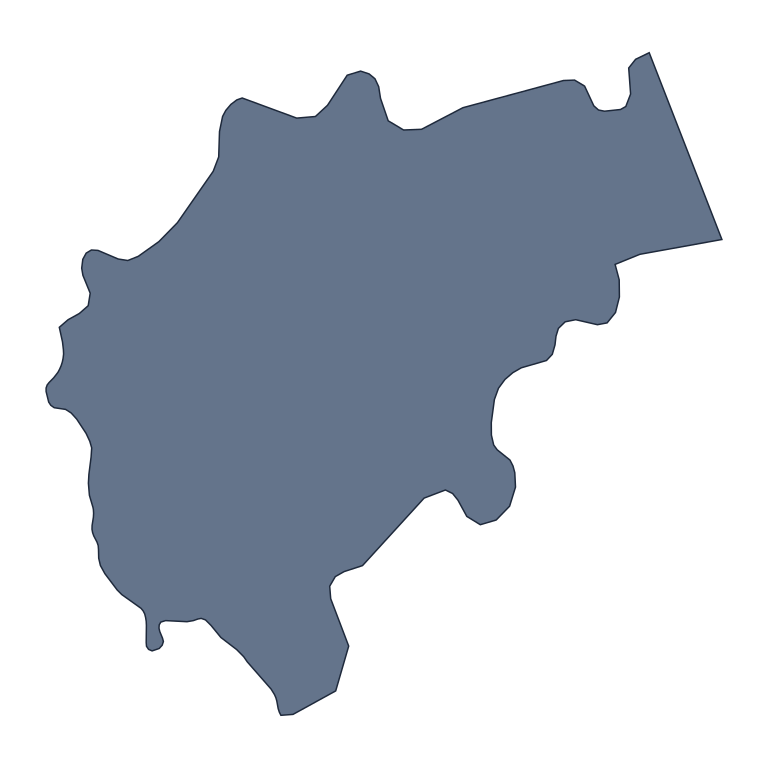 the Province of Macerata
{"feature_id": "ITA-5429", "entity_name": "Macerata", "entity_type": "Province", "adm_level": 1, "iso_a3": "ITA", "parent_name": "Italy", "parent_adm1": "", "projection": "mercator", "projection_center": [13.151, 43.149], "detail": "fine", "context": "isolated", "style": "filled", "palette": "slate", "viewbox_px": 768, "rotation_deg": 0, "n_neighbors": 0, "source": "natural_earth", "source_scale": "10m", "svg_char_len": 2131}
<svg xmlns="http://www.w3.org/2000/svg" viewBox="0 0 768 768"><path d="M649.2,52.7L721.9,239.5L639.9,254.3L615.1,264.4L619.2,279.8L619.4,297.0L615.5,312.5L607.1,322.9L597.4,324.7L575.7,319.7L565.2,321.8L558.4,328.4L556.0,336.2L555.0,344.9L552.3,354.3L546.5,360.5L521.3,367.8L512.8,372.7L505.0,379.4L498.5,388.2L494.4,399.5L491.3,422.6L491.4,435.1L493.7,445.0L497.2,449.8L510.0,460.1L513.0,466.0L514.8,472.7L515.5,487.1L509.6,506.2L496.2,520.0L480.3,524.7L466.8,516.4L457.9,500.1L452.6,493.5L445.4,490.0L424.1,498.1L362.5,565.6L344.1,571.6L335.3,576.6L329.7,586.2L330.7,598.7L348.7,646.1L335.7,690.9L293.0,714.4L280.9,715.3L279.3,712.1L278.2,708.7L276.8,701.0L275.9,697.8L274.5,694.6L271.1,689.1L247.3,661.9L243.7,656.7L236.7,649.6L220.9,637.5L211.0,625.4L205.5,619.9L201.2,618.4L197.9,619.0L193.4,620.6L187.0,621.7L165.6,620.6L160.8,622.1L159.2,624.9L159.0,628.2L159.8,631.6L162.5,638.1L163.4,641.5L162.2,645.2L159.2,648.5L152.1,650.9L148.6,649.4L146.5,646.3L146.2,642.6L146.4,625.4L146.2,621.2L145.6,617.5L144.7,613.9L143.1,610.8L141.0,608.3L121.8,594.6L117.2,590.0L104.9,573.7L100.4,565.5L98.7,558.2L98.5,549.7L98.2,545.6L97.0,542.1L93.8,536.0L92.6,532.6L92.0,529.3L92.1,525.4L93.4,517.2L93.6,513.3L93.4,509.7L93.0,507.5L89.4,495.3L88.4,483.2L88.9,474.3L91.1,456.9L91.7,447.9L89.8,441.3L86.1,433.4L76.7,419.1L71.2,413.0L65.6,409.4L54.2,407.7L50.8,405.3L48.7,402.1L46.1,391.5L46.1,388.0L47.2,384.9L49.1,382.5L53.7,377.8L57.9,372.4L59.6,369.2L61.1,365.8L62.3,362.1L63.1,358.3L63.6,354.0L63.4,349.7L62.5,341.9L59.3,327.3L68.1,319.7L79.3,313.5L88.2,305.7L90.2,293.2L82.9,275.3L81.7,268.2L82.8,259.3L86.2,253.1L91.4,250.0L98.0,250.4L118.2,259.0L127.8,260.5L138.3,256.3L158.9,241.6L177.4,222.7L213.2,171.3L218.7,156.9L219.5,131.5L222.6,116.4L225.8,110.4L230.9,104.4L236.8,99.9L242.2,98.0L296.7,118.1L315.4,116.5L327.5,105.3L347.2,75.2L360.6,71.1L369.1,73.9L375.0,78.8L378.7,86.7L380.5,98.3L388.2,120.8L403.6,130.0L421.5,129.3L462.9,107.7L563.5,80.5L574.6,80.1L584.6,86.1L593.8,105.8L598.5,110.0L604.5,111.2L620.5,109.5L625.8,106.5L630.6,94.0L628.7,68.0L635.6,59.3L649.2,52.7Z" fill="#64748b" stroke="#1e293b" stroke-width="1.5"/></svg>